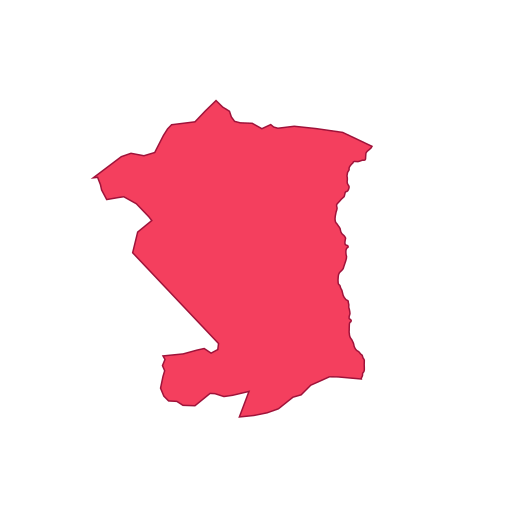 Kouango, Ouaka, Central African Republic, rotated 232°
{"feature_id": "33826404B56773227283390", "entity_name": "Kouango", "entity_type": "district", "adm_level": 2, "iso_a3": "CAF", "parent_name": "Central African Republic", "parent_adm1": "Ouaka", "projection": "orthographic", "projection_center": [20.271, 5.054], "detail": "fine", "context": "isolated", "style": "filled", "palette": "rose", "viewbox_px": 512, "rotation_deg": 232, "n_neighbors": 0, "source": "geoboundaries", "source_scale": "gbopen_adm2", "svg_char_len": 3634}
<svg xmlns="http://www.w3.org/2000/svg" viewBox="0 0 512 512"><g transform="rotate(232 256 256)"><path d="M411.4,270.3L410.6,264.6L408.0,257.3L399.9,239.9L404.0,229.4L413.9,220.7L417.2,211.0L417.8,175.9L415.5,179.6L408.1,177.4L403.1,175.0L392.4,173.1L387.1,183.0L384.1,188.3L370.8,193.9L353.0,195.7L348.1,195.7L347.7,177.5L334.5,160.8L210.1,172.6L205.8,168.3L207.1,160.8L215.0,158.2L218.2,151.5L223.7,138.3L234.5,121.2L230.5,120.6L227.2,114.8L221.8,113.4L218.4,108.6L210.6,99.4L202.3,97.1L195.6,97.9L190.2,104.1L183.3,106.5L175.6,115.7L176.0,135.2L172.8,138.9L165.0,144.2L160.7,151.7L153.6,167.1L139.4,143.8L131.6,156.2L125.6,168.2L121.8,179.6L122.0,198.2L118.8,206.1L120.5,219.6L115.6,239.5L110.4,246.0L94.2,263.3L94.9,263.7L95.2,264.4L95.6,265.2L95.9,265.8L96.3,266.4L96.9,266.9L97.5,267.4L97.8,267.7L98.1,268.3L98.3,269.2L98.6,270.0L99.2,270.8L99.9,271.5L101.6,272.8L103.8,274.4L105.0,275.4L106.1,276.3L107.1,277.1L108.1,277.5L109.0,277.5L109.8,277.6L110.6,277.9L111.0,278.0L111.7,278.3L112.2,278.5L112.9,278.5L113.6,278.3L114.3,278.1L115.2,278.1L115.9,278.1L116.7,278.1L117.8,277.9L118.9,277.4L119.8,277.2L120.9,277.1L122.3,277.2L123.6,277.5L124.6,277.8L126.6,278.8L127.7,279.2L129.1,279.5L130.9,279.9L133.3,280.0L134.9,280.4L136.2,281.0L137.4,281.8L138.7,282.5L140.3,283.9L141.6,284.9L143.5,286.5L144.8,287.6L145.4,288.3L145.7,288.7L145.8,289.1L145.9,289.6L145.8,290.1L145.9,290.4L146.1,290.8L146.4,291.2L146.9,291.4L147.5,291.4L148.1,291.3L148.6,291.0L149.1,290.9L149.6,291.0L150.0,291.3L150.5,291.8L151.0,292.2L151.5,292.9L152.2,293.9L152.8,294.6L153.6,295.1L154.2,295.5L155.7,296.3L156.7,296.8L157.9,297.2L158.7,297.7L159.6,298.4L160.1,298.9L160.7,299.3L161.4,299.6L162.2,300.0L162.9,300.3L163.5,300.8L164.1,300.9L164.8,300.7L165.4,300.3L166.4,300.0L168.0,300.0L168.9,300.0L170.2,300.2L171.7,300.6L173.7,301.5L176.2,302.6L177.7,302.8L178.9,303.1L179.7,303.4L180.4,303.7L181.0,303.9L181.7,303.9L182.4,303.7L183.0,303.7L183.8,304.0L184.4,304.3L185.1,304.8L186.0,305.4L186.9,306.1L188.0,307.1L189.0,308.0L189.9,308.9L190.6,309.7L191.1,310.7L191.4,311.3L191.6,312.2L191.7,313.1L191.8,314.3L192.0,315.6L192.3,316.7L192.8,317.6L193.4,318.4L194.4,319.9L196.9,323.7L198.5,325.8L199.8,327.0L201.8,327.9L203.9,329.3L205.3,330.6L206.1,331.9L206.3,333.0L206.3,334.1L206.9,334.5L207.8,334.6L208.8,333.9L210.0,333.4L211.3,333.9L212.3,334.7L213.7,336.2L214.9,337.6L216.5,337.9L217.8,337.9L219.4,337.6L220.8,337.4L222.7,337.7L224.3,338.4L225.7,339.1L227.4,339.4L228.8,339.4L230.3,339.5L231.7,339.6L232.6,339.5L233.3,339.5L234.1,339.7L235.3,340.3L236.7,341.2L238.6,343.0L239.8,344.4L241.3,346.1L242.3,347.6L243.4,349.0L244.4,349.7L245.6,350.2L246.7,351.0L247.1,351.9L247.4,353.6L247.8,356.1L248.2,358.1L248.4,360.5L248.5,361.9L249.0,362.7L249.8,363.7L250.6,364.7L251.2,365.5L251.3,366.5L250.9,367.4L250.9,368.4L251.4,369.7L252.1,370.8L253.1,371.9L254.1,372.3L255.5,372.4L257.0,372.7L258.6,373.7L259.7,374.8L261.4,376.1L263.1,377.0L264.3,378.3L265.5,379.6L266.0,380.9L266.3,381.9L267.0,382.8L267.7,383.2L268.5,384.2L269.1,385.9L269.5,387.6L269.7,389.7L270.2,390.7L269.9,391.8L268.3,393.6L267.6,394.4L267.2,395.3L266.9,396.1L266.5,397.3L266.1,398.5L265.7,399.3L265.1,399.9L264.8,400.4L264.6,401.1L264.8,401.7L265.2,402.2L266.8,403.6L267.9,404.6L268.7,405.3L269.3,405.9L269.6,406.5L269.9,407.4L270.0,408.0L270.1,409.3L270.1,410.6L270.2,411.9L270.3,413.2L270.6,413.9L271.0,414.9L300.0,400.4L319.4,381.8L334.7,366.0L343.2,351.9L346.8,349.3L350.5,348.5L352.7,339.0L362.9,334.7L370.6,325.6L375.3,322.0L380.8,322.2L386.4,324.2L393.9,321.4L403.1,320.2L401.5,305.4L399.3,290.5L411.4,270.3Z" fill="#f43f5e" stroke="#9f1239" stroke-width="1.5"/></g></svg>